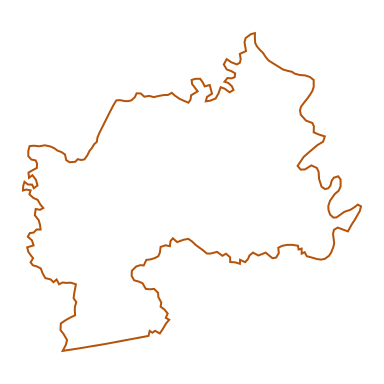 Ivaiporã, Paraná, Brazil
{"feature_id": "56859067B76316504831540", "entity_name": "Ivaiporã", "entity_type": "district", "adm_level": 2, "iso_a3": "BRA", "parent_name": "Brazil", "parent_adm1": "Paraná", "projection": "natural_earth1", "projection_center": [-51.626, -24.281], "detail": "fine", "context": "isolated", "style": "outline", "palette": "amber", "viewbox_px": 384, "rotation_deg": 0, "n_neighbors": 0, "source": "geoboundaries", "source_scale": "gbopen_adm2", "svg_char_len": 3647}
<svg xmlns="http://www.w3.org/2000/svg" viewBox="0 0 384 384"><path d="M62.7,350.9L78.2,348.5L104.6,344.1L148.5,335.9L149.7,330.9L152.4,332.7L155.1,330.8L159.8,333.5L162.6,329.3L166.1,323.4L169.2,319.8L165.8,317.8L167.7,313.5L164.3,309.4L160.6,306.7L161.3,302.6L158.3,296.9L158.1,292.9L154.2,288.9L149.8,289.3L145.8,288.9L142.6,283.3L139.1,281.7L134.1,280.3L131.6,275.8L131.9,270.7L136.3,266.4L140.2,265.2L143.8,265.4L146.3,259.9L150.5,259.4L154.7,258.1L158.3,256.2L159.9,252.6L160.6,246.9L165.6,245.3L169.9,246.2L170.5,241.1L172.8,238.3L177.2,242.1L183.7,239.7L188.4,238.9L192.1,241.5L195.6,244.9L202.5,249.9L206.9,253.5L210.2,253.6L217.1,251.9L222.4,255.8L226.0,253.7L230.1,257.3L230.2,262.0L235.4,262.4L239.9,263.8L240.1,259.8L245.1,262.2L248.0,259.0L249.5,255.4L253.0,252.6L258.4,255.5L265.7,252.6L269.6,255.9L272.5,258.2L276.1,257.6L278.8,253.2L278.3,247.7L282.3,245.8L287.0,244.9L292.6,244.9L297.9,245.7L298.6,249.5L301.6,248.6L301.7,253.6L304.6,252.2L306.8,256.2L312.7,257.8L317.2,259.1L321.2,259.6L324.9,258.8L329.0,255.8L331.1,252.6L333.4,246.9L334.2,243.1L333.0,233.9L334.0,229.8L337.7,227.6L347.9,231.4L351.7,224.5L354.9,219.6L359.8,211.0L361.0,206.3L357.8,204.6L354.3,207.3L350.4,209.8L344.4,211.8L336.5,217.4L333.4,217.6L330.1,214.6L328.5,210.0L328.3,206.0L330.0,200.8L334.7,194.1L338.7,190.7L340.6,186.4L340.6,179.5L338.2,176.3L333.8,177.7L331.8,180.5L330.4,185.7L328.2,188.3L325.1,189.1L321.6,186.8L319.1,179.1L318.6,171.8L316.9,168.0L311.4,165.4L305.0,169.4L300.7,169.6L297.6,165.9L303.7,156.9L308.2,152.9L317.4,145.1L323.1,141.7L324.8,136.4L318.8,134.5L313.7,132.3L313.9,126.4L312.4,123.0L306.0,120.6L300.8,114.8L300.0,110.4L301.0,106.8L303.3,103.6L307.5,98.3L310.2,94.5L312.4,90.9L313.7,86.9L313.7,80.0L309.9,77.0L305.1,75.4L299.8,75.0L294.8,73.7L292.0,71.8L287.5,70.8L282.8,69.4L268.6,60.5L265.6,56.9L263.0,52.9L259.7,49.7L256.9,46.3L255.2,42.9L254.9,38.6L254.9,33.1L250.8,34.2L245.6,38.1L244.5,42.2L246.0,51.1L239.8,53.9L240.7,59.1L239.9,62.7L236.9,64.4L231.1,62.2L226.7,59.1L223.8,64.5L226.7,69.4L231.5,71.2L235.2,73.4L234.7,77.2L231.4,78.4L227.5,78.0L224.5,81.7L228.4,83.0L231.9,86.3L233.5,90.0L229.5,92.3L224.7,88.7L220.7,87.2L218.4,93.6L215.6,98.5L210.2,100.7L205.8,101.3L207.0,96.9L212.0,93.7L209.7,85.0L204.7,86.4L202.7,82.3L200.2,78.8L195.3,78.8L191.6,80.0L192.1,84.0L195.5,88.5L197.7,91.3L191.1,95.3L190.5,99.7L188.4,102.7L184.6,101.1L179.7,98.9L175.0,95.7L171.8,92.8L168.1,94.9L163.3,95.1L158.6,96.0L153.7,97.1L149.2,95.9L144.3,96.7L140.8,93.5L136.6,93.3L134.9,97.1L131.5,100.3L128.4,101.1L124.8,101.1L119.9,100.1L116.3,100.4L113.3,105.4L109.3,113.1L104.7,122.3L99.5,132.7L97.5,137.4L96.8,141.9L94.1,144.3L92.1,147.7L89.4,151.1L87.3,155.4L84.4,159.4L81.2,160.0L77.7,159.2L75.2,161.8L69.5,162.2L66.2,160.1L65.0,154.5L61.5,152.1L57.3,150.5L54.4,148.3L50.5,146.5L45.0,145.3L39.0,146.3L34.1,145.7L29.6,146.1L28.3,150.9L28.3,156.2L31.3,159.5L35.6,160.4L37.1,163.7L36.8,168.0L32.6,170.2L28.5,172.6L29.0,177.8L32.4,175.2L36.0,179.9L37.5,185.5L33.8,188.2L32.1,184.6L27.9,184.5L24.5,181.8L23.2,186.0L23.0,190.5L26.2,189.5L30.6,190.4L29.4,194.3L33.3,197.9L37.7,199.9L40.4,204.6L43.3,208.0L40.0,209.8L35.7,209.0L34.8,215.2L38.7,220.2L40.0,224.8L40.6,229.5L36.6,229.5L33.6,232.6L29.8,233.1L27.8,236.7L31.9,240.3L33.6,245.4L27.2,247.3L28.3,251.8L30.8,255.3L33.1,258.2L30.6,262.4L32.9,265.3L36.8,266.4L40.8,268.5L42.7,273.5L45.3,278.1L50.6,279.4L53.5,282.2L56.6,279.5L59.1,284.3L62.5,282.5L66.5,282.9L70.9,282.7L75.9,284.3L74.4,292.3L73.6,298.2L76.3,302.2L74.9,306.8L74.8,310.6L75.1,315.3L70.2,317.6L65.4,320.3L60.8,323.5L60.5,330.1L63.5,333.9L67.1,340.1L65.8,344.9L62.7,350.9Z" fill="none" stroke="#b45309" stroke-width="2"/></svg>